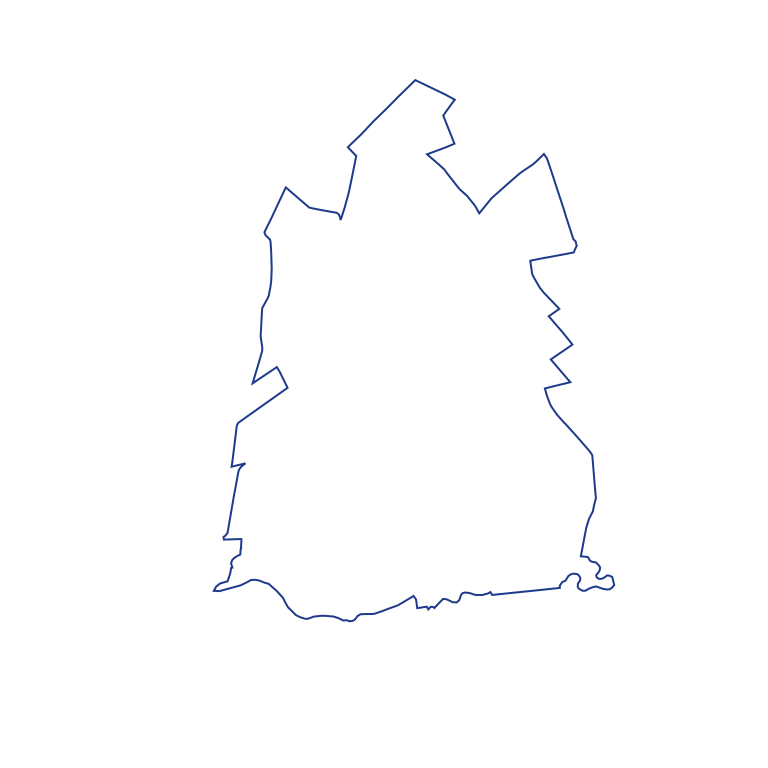 the district of Vladimirescu, Arad, Romania, rotated 339°
{"feature_id": "2599482B43501336314051", "entity_name": "Vladimirescu", "entity_type": "district", "adm_level": 2, "iso_a3": "ROU", "parent_name": "Romania", "parent_adm1": "Arad", "projection": "robinson", "projection_center": [21.45, 46.185], "detail": "fine", "context": "isolated", "style": "outline", "palette": "blue", "viewbox_px": 768, "rotation_deg": 339, "n_neighbors": 0, "source": "geoboundaries", "source_scale": "gbopen_adm2", "svg_char_len": 3898}
<svg xmlns="http://www.w3.org/2000/svg" viewBox="0 0 768 768"><g transform="rotate(339 384 384)"><path d="M527.9,646.2L527.8,645.7L525.3,643.4L523.7,642.7L519.1,643.9L516.8,643.7L514.8,642.9L513.2,640.5L513.7,638.3L516.7,636.8L518.5,635.3L519.9,633.1L519.8,630.9L518.8,628.4L517.8,626.4L514.5,624.6L513.0,622.8L512.4,618.7L510.3,617.5L506.0,615.4L508.2,611.9L511.7,606.2L521.3,590.7L522.9,588.7L526.9,583.5L533.4,577.7L536.8,572.3L540.9,566.6L544.0,555.6L552.3,527.3L552.9,525.0L552.8,524.3L552.7,523.6L551.3,518.8L550.4,516.4L544.9,501.3L538.7,485.3L538.5,485.2L534.5,474.6L532.4,466.2L531.8,462.0L531.9,453.5L532.6,445.8L537.4,446.4L540.8,446.8L558.6,449.1L558.4,448.6L548.5,420.8L566.8,416.5L574.1,414.7L569.1,399.3L564.6,386.9L562.1,379.8L574.6,376.7L565.9,356.0L564.0,350.1L562.0,337.7L561.9,335.9L561.8,334.2L564.7,321.4L567.1,321.7L579.1,323.8L581.5,324.3L608.3,329.2L609.2,328.2L610.9,326.4L613.4,324.1L613.6,322.3L614.0,319.7L612.7,316.6L613.9,292.8L614.5,284.9L615.2,270.2L616.5,245.0L617.0,231.7L616.3,229.1L616.0,228.0L615.7,226.6L605.5,231.0L601.1,232.5L592.4,234.5L586.3,236.0L571.4,241.4L550.8,249.2L534.1,258.8L533.7,256.2L532.9,250.4L529.0,238.2L525.4,231.2L523.8,227.5L518.6,210.6L517.1,205.1L513.6,198.2L506.5,185.0L527.0,185.2L535.9,184.9L535.5,154.6L549.8,145.2L552.0,144.0L545.2,136.0L522.1,111.5L520.3,112.3L503.8,119.4L501.9,120.2L484.7,128.0L467.6,135.3L452.4,142.7L438.5,148.5L435.1,150.1L439.8,161.1L435.5,168.0L426.6,182.0L419.5,193.0L412.7,202.2L411.2,204.3L403.0,214.6L402.7,214.6L402.4,214.6L402.7,213.0L402.7,209.8L401.3,207.3L389.4,200.1L384.0,196.8L377.5,192.6L367.4,173.9L366.7,172.6L362.8,165.3L360.0,167.9L337.9,189.2L330.9,195.6L327.4,198.9L326.8,199.4L326.8,199.5L326.7,200.2L326.7,201.5L326.8,202.8L329.3,208.2L329.1,210.4L326.3,219.4L324.3,225.2L320.3,236.6L315.6,247.4L313.0,252.3L308.0,260.3L306.2,262.2L297.4,269.6L285.9,295.3L283.5,306.1L282.3,309.2L274.8,319.2L270.4,324.9L267.8,328.2L267.5,328.7L263.6,333.7L261.6,336.3L290.0,329.8L291.0,335.1L292.6,353.0L238.7,366.8L233.8,368.1L233.2,368.7L231.8,369.9L213.8,403.7L212.0,406.6L226.2,408.4L224.7,408.9L224.0,409.1L223.2,409.3L221.1,410.0L218.8,411.4L217.4,412.7L216.9,413.3L204.3,433.9L203.4,435.3L184.6,466.9L181.7,468.7L179.3,469.3L178.8,471.9L195.2,477.6L195.0,478.2L194.9,478.8L193.0,483.0L192.4,484.3L192.1,484.9L191.8,485.4L191.7,485.9L191.8,486.2L190.9,487.1L190.4,488.0L188.9,491.4L188.5,491.8L186.0,491.9L185.0,492.1L183.0,492.5L181.1,493.0L180.0,493.6L178.8,494.2L177.2,496.5L176.9,496.9L176.7,500.9L176.7,501.1L175.4,500.9L172.8,505.4L167.3,512.1L161.9,511.7L159.5,511.5L154.9,512.9L153.8,513.8L151.9,515.3L151.0,516.1L156.1,518.4L178.2,520.6L186.5,519.8L189.6,519.3L193.5,520.6L197.3,522.9L201.5,526.9L204.7,529.2L209.6,538.6L212.4,545.7L213.1,547.6L213.5,552.2L214.4,558.1L216.9,563.6L218.9,568.1L222.1,571.6L226.5,575.1L228.9,575.9L233.2,576.0L234.6,575.9L237.8,576.7L242.1,577.8L245.7,579.2L251.7,582.1L253.1,582.7L257.3,586.0L261.2,590.2L264.7,591.2L266.3,592.9L268.3,593.6L270.1,593.9L272.0,593.6L274.2,592.4L276.3,591.0L278.0,590.9L279.5,590.5L281.5,591.2L284.5,592.2L285.7,592.7L292.5,595.1L301.0,595.4L307.4,595.4L317.6,595.6L325.5,594.3L335.6,592.5L336.7,596.6L334.7,605.2L344.1,607.2L344.6,610.3L347.0,609.1L348.1,608.8L350.3,610.0L350.8,611.2L357.5,607.9L362.2,605.8L365.4,607.5L369.9,612.3L373.6,614.0L377.0,612.6L380.4,608.5L382.4,607.4L384.9,607.7L388.5,609.5L391.5,611.9L393.8,613.7L400.1,616.2L405.7,616.8L408.8,616.4L409.4,619.7L428.0,624.7L452.0,631.2L475.1,637.4L475.8,635.3L479.4,632.8L483.0,632.6L487.2,629.4L489.2,628.8L492.0,628.7L494.0,629.5L496.5,630.9L497.5,633.3L497.8,634.8L497.3,636.4L496.7,637.6L495.2,638.7L493.6,639.7L492.2,642.8L492.5,644.8L495.2,648.1L497.9,649.2L502.3,648.5L506.0,648.5L509.1,648.9L510.4,649.8L514.9,653.6L518.2,655.6L520.9,656.5L523.9,655.9L525.4,655.0L526.9,654.1L527.9,646.2Z" fill="none" stroke="#1e3a8a" stroke-width="2"/></g></svg>